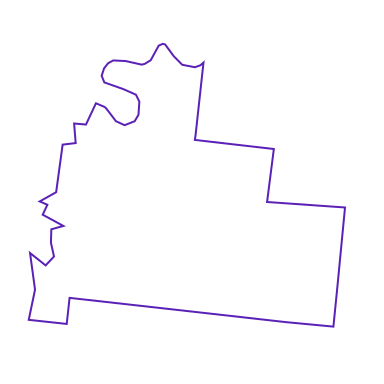 Crawford, Indiana, United States of America, rotated 186°
{"feature_id": "52423323B86743622132490", "entity_name": "Crawford", "entity_type": "district", "adm_level": 2, "iso_a3": "USA", "parent_name": "United States of America", "parent_adm1": "Indiana", "projection": "albers", "projection_center": [-86.373, 38.264], "detail": "fine", "context": "isolated", "style": "outline", "palette": "violet", "viewbox_px": 384, "rotation_deg": 186, "n_neighbors": 0, "source": "geoboundaries", "source_scale": "gbopen_adm2", "svg_char_len": 816}
<svg xmlns="http://www.w3.org/2000/svg" viewBox="0 0 384 384"><g transform="rotate(186 192 192)"><path d="M287.7,267.4L296.8,270.2L304.5,248.0L316.4,247.8L312.8,228.5L325.6,225.6L327.1,177.6L342.5,166.7L334.5,164.2L338.1,153.8L316.4,144.8L328.0,140.2L327.0,126.8L322.5,113.4L329.9,103.7L346.7,114.4L337.9,78.5L341.0,47.8L302.8,47.7L302.7,73.9L84.8,72.4L37.3,72.9L37.5,112.7L38.2,192.6L116.3,189.9L115.1,243.3L194.6,244.1L194.4,248.9L194.1,321.9L196.9,318.9L202.1,316.4L215.0,317.5L224.3,325.1L234.1,335.9L236.5,336.3L240.4,334.1L246.8,318.8L252.2,314.6L255.3,313.4L271.7,315.3L284.1,314.6L288.9,311.3L292.4,305.7L294.0,298.1L290.6,291.8L270.9,287.1L257.9,282.9L253.8,276.3L253.3,263.2L255.4,258.6L256.4,256.4L266.0,251.4L275.1,254.5L285.7,265.8L287.7,267.4Z" fill="none" stroke="#5b21b6" stroke-width="2"/></g></svg>